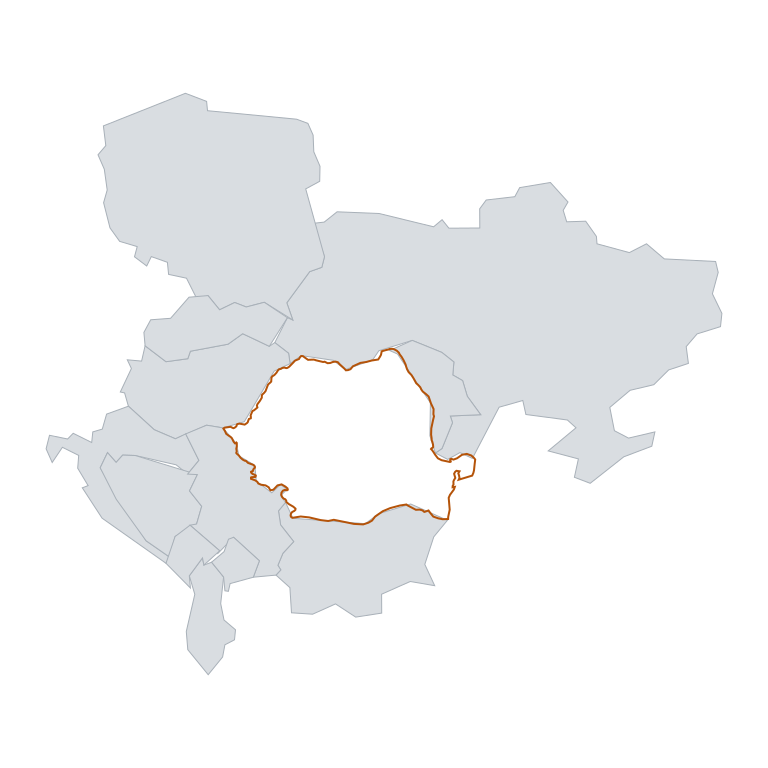 Romania highlighted, orthographic projection
{"feature_id": "ROU", "entity_name": "Romania", "entity_type": "country or territory", "adm_level": 0, "iso_a3": "ROU", "parent_name": "Europe", "parent_adm1": "", "projection": "orthographic", "projection_center": [24.529, 45.967], "detail": "fine", "context": "with_neighbors", "style": "outline", "palette": "amber", "viewbox_px": 768, "rotation_deg": 0, "n_neighbors": 12, "source": "natural_earth", "source_scale": "50m", "svg_char_len": 7853}
<svg xmlns="http://www.w3.org/2000/svg" viewBox="0 0 768 768"><path d="M614.4,430.7L628.5,438.1L654.9,431.9L651.8,446.2L623.8,456.8L590.2,483.3L574.4,477.3L578.4,458.9L548.2,450.9L576.0,427.8L567.4,420.0L525.9,414.5L522.8,400.5L499.1,407.2L472.4,458.4L459.9,452.6L447.7,459.4L435.4,453.0L442.0,448.5L452.5,422.7L450.3,416.0L480.7,414.7L467.3,396.3L462.6,380.6L452.8,375.0L453.9,362.0L441.8,352.4L412.2,340.4L378.9,350.7L372.7,359.8L345.2,369.6L333.3,360.3L301.3,355.6L290.1,363.6L288.6,353.3L274.8,342.6L287.4,317.7L292.8,320.0L286.8,302.8L309.7,271.6L321.8,267.3L324.5,256.7L312.8,223.4L324.2,222.1L337.1,211.8L379.1,213.5L433.6,226.8L442.1,219.7L448.9,228.2L479.8,228.0L479.7,208.8L486.2,200.0L514.8,196.7L519.7,187.6L550.4,182.5L568.0,202.0L563.2,210.3L566.7,221.8L585.7,221.2L596.4,236.4L597.0,243.8L629.3,252.6L646.5,243.8L664.3,258.9L715.6,261.5L718.2,272.4L712.4,293.8L721.9,313.4L720.5,326.6L697.1,333.9L686.2,346.6L688.4,363.4L668.7,369.9L653.8,384.7L630.1,390.3L609.8,407.4L614.4,430.7Z" fill="#d9dde1" stroke="#a8b0b8" stroke-width="1"/><path d="M313.1,135.1L313.8,151.8L320.0,166.3L319.7,181.3L305.7,188.9L324.5,256.7L321.8,267.3L309.7,271.6L286.8,302.8L292.8,320.0L264.3,302.3L246.2,307.0L234.7,302.5L219.6,309.8L208.0,295.6L197.5,300.1L186.5,278.2L168.6,274.4L167.4,262.3L151.3,256.6L146.7,266.0L134.5,256.8L137.2,246.6L119.7,241.4L110.0,227.9L103.6,202.7L107.2,190.0L104.3,169.2L98.0,154.8L105.8,145.6L103.4,125.9L185.4,93.3L206.6,101.4L207.5,110.7L296.6,119.2L307.9,123.4L313.1,135.1Z" fill="#d9dde1" stroke="#a8b0b8" stroke-width="1"/><path d="M274.8,342.6L288.6,353.3L290.1,363.6L274.2,371.1L244.3,421.7L222.9,427.9L206.6,425.2L175.4,438.8L154.2,429.7L128.4,406.2L124.6,392.9L120.3,392.0L131.4,368.5L127.3,359.8L141.6,361.1L145.1,345.8L166.0,361.7L187.8,358.7L190.4,351.2L228.0,344.2L242.7,333.7L269.3,346.3L274.8,342.6Z" fill="#d9dde1" stroke="#a8b0b8" stroke-width="1"/><path d="M389.6,350.5L412.2,340.4L441.8,352.4L453.9,362.0L452.8,375.0L462.6,380.6L467.3,396.3L480.7,414.7L450.3,416.0L452.5,422.7L442.0,448.5L435.4,453.0L429.9,435.8L430.4,402.8L397.5,354.0L389.6,350.5Z" fill="#d9dde1" stroke="#a8b0b8" stroke-width="1"/><path d="M285.5,502.4L293.0,518.3L365.2,523.7L378.7,513.7L410.7,504.0L447.4,520.3L433.8,536.8L424.8,564.4L434.7,585.7L410.2,581.5L381.6,594.2L381.7,613.1L355.7,617.1L335.5,603.9L312.6,614.2L291.5,612.8L289.9,587.6L276.0,575.1L280.8,569.9L277.9,565.3L282.9,553.3L293.7,541.6L280.6,524.9L278.5,510.9L285.5,502.4Z" fill="#d9dde1" stroke="#a8b0b8" stroke-width="1"/><path d="M235.5,629.8L234.5,639.8L224.9,644.8L222.6,657.0L208.2,674.7L187.8,649.7L186.3,631.5L194.8,594.3L189.3,575.8L202.5,557.9L203.9,565.1L211.6,562.2L223.6,577.0L220.7,603.6L224.0,620.0L235.5,629.8Z" fill="#d9dde1" stroke="#a8b0b8" stroke-width="1"/><path d="M128.4,406.2L154.2,429.7L175.4,438.8L185.7,433.9L198.9,460.4L187.6,474.1L176.1,464.8L135.2,455.5L122.7,455.1L116.1,462.4L107.5,452.6L100.2,467.8L146.1,540.8L169.6,557.1L166.0,563.3L102.1,518.2L82.3,487.8L88.1,485.6L77.7,468.2L78.7,455.4L62.4,447.3L52.2,462.5L46.1,448.8L49.5,435.3L67.6,439.0L73.2,433.3L91.7,442.5L92.8,431.9L102.3,429.1L106.6,414.1L128.4,406.2Z" fill="#d9dde1" stroke="#a8b0b8" stroke-width="1"/><path d="M287.4,317.7L269.3,346.3L242.7,333.7L228.0,344.2L190.4,351.2L187.8,358.7L166.0,361.7L145.1,345.8L143.9,332.4L150.7,319.8L170.6,318.3L189.0,297.2L208.0,295.6L219.6,309.8L234.7,302.5L246.2,307.0L264.3,302.3L287.4,317.7Z" fill="#d9dde1" stroke="#a8b0b8" stroke-width="1"/><path d="M169.6,557.1L146.1,540.8L116.2,499.2L100.2,467.8L107.5,452.6L116.1,462.4L122.7,455.1L135.2,455.5L197.4,474.6L189.5,490.9L201.7,506.3L196.6,524.0L175.1,536.5L169.6,557.1Z" fill="#d9dde1" stroke="#a8b0b8" stroke-width="1"/><path d="M185.7,433.9L206.6,425.2L222.9,427.9L236.4,443.5L238.9,455.8L254.8,465.4L256.3,481.2L271.8,492.8L280.5,484.5L287.1,489.4L280.6,495.7L285.5,502.4L278.5,510.9L280.6,524.9L293.7,541.6L282.9,553.3L277.9,565.3L280.8,569.9L276.0,575.1L253.3,577.2L259.4,560.8L233.6,537.3L217.3,554.0L219.7,550.8L190.0,525.2L196.6,524.0L201.7,506.3L189.5,490.9L197.4,474.6L187.6,474.1L198.9,460.4L185.7,433.9Z" fill="#d9dde1" stroke="#a8b0b8" stroke-width="1"/><path d="M219.7,550.8L203.9,565.1L202.5,557.9L189.3,575.8L190.4,588.0L166.0,563.3L175.1,536.5L190.0,525.2L219.7,550.8Z" fill="#d9dde1" stroke="#a8b0b8" stroke-width="1"/><path d="M224.9,590.8L223.6,577.0L211.6,562.2L224.1,551.6L228.5,539.2L233.6,537.3L259.4,560.8L253.3,577.2L230.1,583.6L228.4,591.3L224.9,590.8Z" fill="#d9dde1" stroke="#a8b0b8" stroke-width="1"/><path d="M435.0,454.5L437.9,458.3L441.6,460.2L450.0,462.0L450.7,461.7L450.8,461.2L450.2,460.7L450.1,460.0L450.4,459.1L451.5,458.9L453.5,459.6L457.0,458.3L462.0,454.8L466.8,453.9L471.3,455.5L473.6,457.5L475.2,459.5L474.9,462.1L474.7,463.6L474.0,470.3L473.4,472.8L472.2,475.6L458.7,479.7L459.5,478.0L459.0,475.3L458.3,473.3L459.5,471.3L456.4,470.8L455.1,471.9L454.1,473.8L455.3,477.9L453.9,480.2L453.4,481.5L453.5,484.6L452.7,485.9L452.6,487.3L454.8,486.9L453.9,489.5L450.0,494.8L448.7,497.8L449.7,509.7L448.2,516.9L448.1,519.0L443.7,519.2L442.4,519.2L438.1,518.3L433.3,516.6L430.4,513.1L428.5,510.5L424.5,511.9L423.8,511.6L422.6,510.4L419.6,509.6L415.9,509.8L407.4,505.3L406.4,504.5L399.9,505.5L390.2,508.1L382.8,511.2L375.1,516.6L372.0,520.6L368.4,522.7L363.2,524.4L353.9,523.9L344.2,521.9L333.8,519.8L328.2,521.0L320.7,520.1L309.2,517.4L300.7,516.5L292.3,517.8L290.9,516.7L290.6,515.3L291.0,513.5L292.2,512.0L294.3,510.9L295.4,509.8L295.5,508.6L293.3,506.7L288.7,504.0L286.8,502.4L286.3,501.9L286.2,500.5L285.3,499.3L283.5,498.5L282.1,496.9L281.2,494.7L281.5,492.6L282.9,490.7L284.7,489.9L286.9,490.3L287.8,489.7L287.5,488.4L285.4,486.6L281.6,484.4L277.5,485.4L273.4,489.7L270.4,490.3L268.7,487.3L265.6,485.4L261.0,484.7L258.3,483.5L257.3,481.8L255.3,480.4L251.0,478.8L251.0,477.5L251.7,477.2L253.2,477.1L255.4,476.9L255.7,476.2L255.8,475.5L254.1,474.5L252.5,473.9L251.7,473.2L251.1,472.5L251.0,471.8L251.5,471.4L252.2,471.4L252.9,471.0L253.3,469.4L254.3,468.1L254.9,467.7L254.9,466.7L254.3,465.8L253.4,464.9L252.1,464.4L248.0,462.9L246.0,460.9L244.7,460.7L242.7,459.6L240.6,457.8L238.8,455.4L236.8,453.7L236.3,453.1L236.3,452.5L236.7,451.8L236.7,451.1L236.3,448.8L236.8,446.3L236.8,444.0L236.8,443.0L236.4,442.6L236.1,443.0L235.5,443.4L235.0,443.4L233.6,441.7L231.9,438.2L230.7,437.0L228.2,435.3L226.2,433.8L224.9,430.9L223.4,428.6L224.5,427.7L230.5,426.8L233.3,428.2L234.5,427.8L235.8,426.8L236.5,426.0L236.7,425.1L237.3,424.1L239.4,423.6L244.7,424.6L246.9,423.1L247.7,422.3L248.3,420.5L248.9,419.0L250.8,418.3L250.9,417.0L250.6,415.5L251.9,412.3L252.6,410.9L253.7,410.5L255.0,409.5L257.4,407.5L256.9,405.6L257.4,404.2L259.9,400.9L261.8,397.7L261.8,396.1L262.1,394.7L263.8,393.2L265.5,391.2L267.9,384.9L268.7,383.9L270.1,382.7L271.2,381.6L271.5,377.4L272.5,376.2L274.4,375.0L276.4,372.8L278.0,370.3L279.2,369.2L280.8,368.9L282.5,367.9L284.4,367.6L286.2,368.1L287.4,367.9L289.2,366.7L293.7,362.1L294.4,361.2L295.3,360.5L299.0,359.0L299.9,357.4L301.2,356.0L302.8,356.1L308.0,359.8L313.6,359.6L314.6,359.8L315.0,359.9L315.6,360.2L323.1,362.0L324.3,361.8L324.6,361.7L327.6,363.2L330.2,363.0L332.8,362.0L335.4,361.6L337.8,362.2L339.7,364.3L344.5,368.7L345.9,370.3L348.1,370.1L350.5,369.2L352.9,366.3L360.4,362.9L366.2,362.0L371.8,360.5L378.2,359.5L380.0,356.7L381.0,354.8L381.7,351.3L385.1,350.3L388.4,349.5L389.6,349.0L392.0,348.8L393.8,349.1L396.8,350.7L398.9,352.7L399.7,354.4L401.5,356.7L403.5,360.1L405.6,364.5L406.2,366.7L407.0,369.1L408.6,372.1L411.6,375.2L412.0,375.9L413.4,378.1L416.2,383.2L418.4,385.2L420.3,387.3L421.3,389.5L422.7,391.5L426.0,394.1L428.6,396.5L431.0,403.5L432.5,406.7L433.6,409.1L433.4,414.2L434.0,416.3L433.0,420.3L431.3,428.4L431.1,434.7L431.6,438.1L431.7,440.3L432.3,441.7L433.0,444.5L433.2,447.0L432.5,447.8L431.4,448.4L431.0,449.0L432.1,450.1L433.5,452.1L435.0,454.5Z" fill="none" stroke="#b45309" stroke-width="2"/></svg>